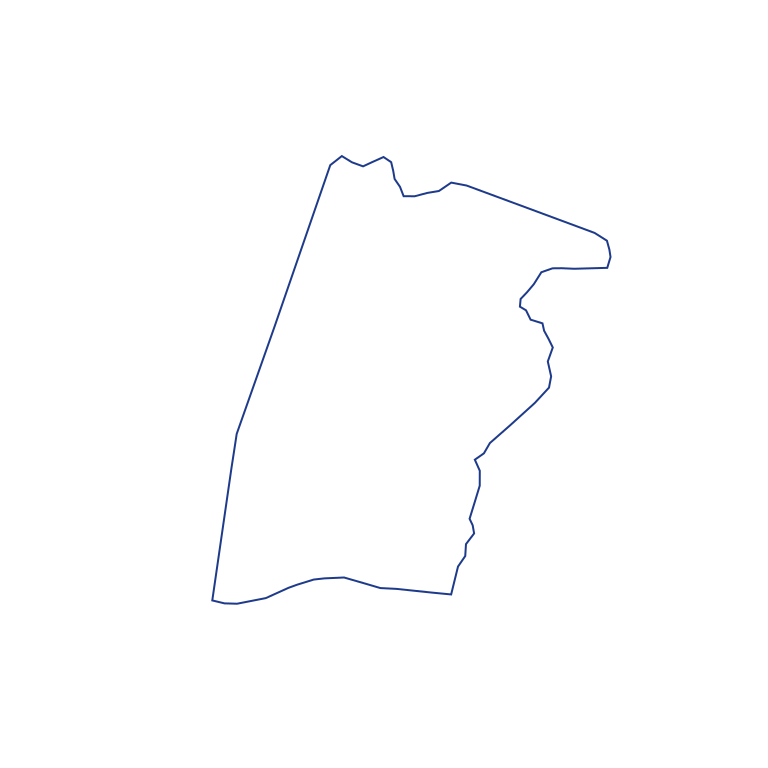 Santa Rosa do Sul, Santa Catarina, Brazil, rotated 55°
{"feature_id": "56859067B70095049374994", "entity_name": "Santa Rosa do Sul", "entity_type": "district", "adm_level": 2, "iso_a3": "BRA", "parent_name": "Brazil", "parent_adm1": "Santa Catarina", "projection": "equal_earth", "projection_center": [-49.735, -29.123], "detail": "fine", "context": "isolated", "style": "outline", "palette": "blue", "viewbox_px": 768, "rotation_deg": 55, "n_neighbors": 0, "source": "geoboundaries", "source_scale": "gbopen_adm2", "svg_char_len": 1041}
<svg xmlns="http://www.w3.org/2000/svg" viewBox="0 0 768 768"><g transform="rotate(55 384 384)"><path d="M594.9,449.7L576.0,428.1L571.5,416.1L562.2,408.7L558.1,395.9L550.6,392.4L543.5,391.2L532.7,377.3L522.2,363.9L510.0,355.3L498.1,353.0L498.1,341.9L493.1,331.1L490.2,304.6L486.0,271.2L481.6,250.9L473.6,242.7L459.5,236.9L450.9,224.8L441.2,223.3L432.2,222.3L425.2,219.4L415.4,227.0L405.1,225.4L398.6,228.3L392.7,223.3L390.9,214.3L388.2,204.1L382.7,191.0L385.9,179.6L391.1,172.0L398.7,162.1L416.9,134.5L409.9,125.6L403.2,122.3L394.5,119.2L381.1,124.8L306.9,176.1L268.8,202.5L257.6,213.4L257.4,228.3L252.2,239.2L247.8,251.2L241.4,260.2L231.7,257.8L222.1,257.7L214.7,254.2L206.4,250.9L197.8,254.2L195.5,266.2L193.7,276.3L184.0,283.1L173.1,287.8L173.9,302.5L274.1,440.6L329.3,517.8L340.4,533.3L353.5,545.8L365.4,557.2L462.8,648.8L472.2,640.5L479.7,630.4L491.6,603.6L496.2,579.1L498.6,570.2L503.9,553.7L509.1,544.2L519.6,527.7L536.7,513.9L549.1,504.0L558.9,491.4L582.7,464.0L594.9,449.7Z" fill="none" stroke="#1e3a8a" stroke-width="2"/></g></svg>